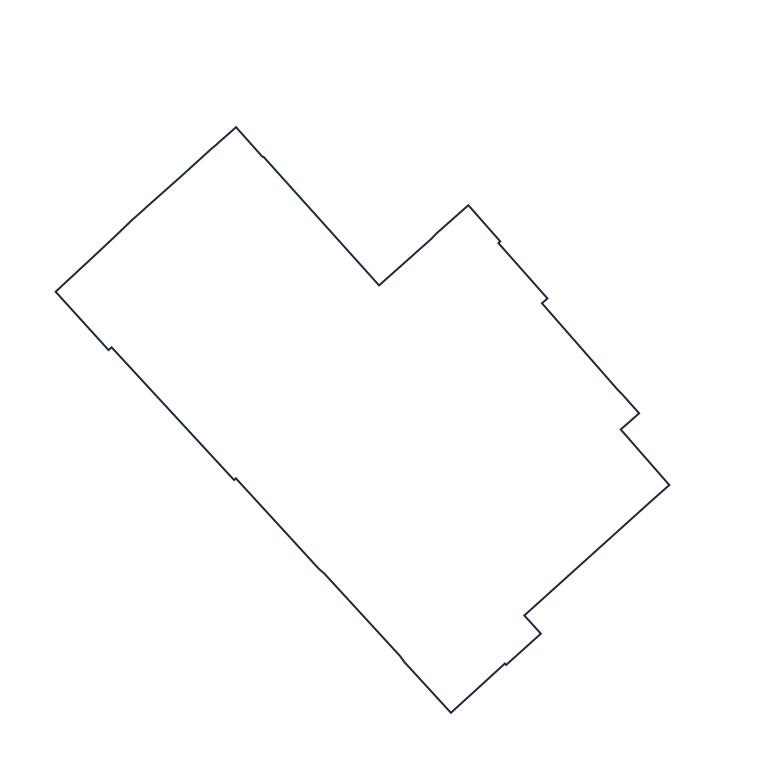 Harney, Oregon, United States of America (orthographic projection), rotated 138°
{"feature_id": "52423323B63966770736551", "entity_name": "Harney", "entity_type": "district", "adm_level": 2, "iso_a3": "USA", "parent_name": "United States of America", "parent_adm1": "Oregon", "projection": "orthographic", "projection_center": [-119.059, 43.02], "detail": "fine", "context": "isolated", "style": "outline", "palette": "slate", "viewbox_px": 768, "rotation_deg": 138, "n_neighbors": 0, "source": "geoboundaries", "source_scale": "gbopen_adm2", "svg_char_len": 689}
<svg xmlns="http://www.w3.org/2000/svg" viewBox="0 0 768 768"><g transform="rotate(138 384 384)"><path d="M263.6,118.2L239.6,118.0L238.5,191.8L214.0,191.5L213.9,216.1L214.2,223.4L212.6,338.3L205.3,338.2L204.7,412.2L202.2,412.2L201.7,460.4L245.2,460.8L251.1,460.2L321.7,460.6L321.5,633.5L322.3,634.2L322.1,673.9L329.6,673.9L345.0,674.1L349.0,674.0L354.0,674.3L397.5,674.1L440.7,674.4L444.5,674.4L444.8,674.3L461.5,674.5L481.4,673.8L502.6,673.3L566.3,672.3L566.0,593.5L561.9,593.5L559.7,413.0L557.2,413.0L556.1,290.2L555.2,282.9L554.1,171.0L554.9,163.6L554.3,94.9L529.8,95.0L481.2,95.4L481.2,93.5L434.5,93.5L434.6,118.1L263.6,118.2Z" fill="none" stroke="#1e293b" stroke-width="2"/></g></svg>